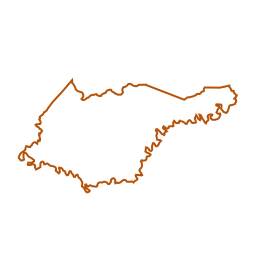 Cândido de Abreu, Paraná, Brazil, rotated 290°
{"feature_id": "56859067B28607618566167", "entity_name": "Cândido de Abreu", "entity_type": "district", "adm_level": 2, "iso_a3": "BRA", "parent_name": "Brazil", "parent_adm1": "Paraná", "projection": "robinson", "projection_center": [-51.26, -24.682], "detail": "fine", "context": "isolated", "style": "outline", "palette": "amber", "viewbox_px": 256, "rotation_deg": 290, "n_neighbors": 0, "source": "geoboundaries", "source_scale": "gbopen_adm2", "svg_char_len": 5777}
<svg xmlns="http://www.w3.org/2000/svg" viewBox="0 0 256 256"><g transform="rotate(290 128 128)"><path d="M59.1,46.5L59.5,48.2L60.0,49.1L61.5,51.0L61.5,52.2L61.3,53.2L60.6,53.7L59.5,53.9L57.6,55.7L58.8,56.9L59.6,57.6L60.2,58.2L61.3,59.0L63.5,58.3L64.4,57.9L65.9,57.9L67.2,59.0L67.0,60.4L65.2,61.7L65.5,62.6L66.5,63.3L67.0,64.3L66.6,66.0L66.0,67.7L66.5,70.9L66.4,72.6L65.8,73.8L64.9,74.5L63.8,74.4L62.8,75.2L62.7,76.6L62.1,77.3L61.7,78.5L63.0,79.0L65.0,78.3L66.2,77.2L67.1,76.9L67.5,77.9L67.5,79.4L67.0,80.5L65.9,81.4L65.8,82.8L65.6,83.8L64.3,84.6L63.5,85.5L62.7,86.8L63.4,87.8L64.9,87.9L66.5,87.8L67.5,88.0L67.7,89.1L66.4,90.3L65.8,91.3L65.3,92.4L64.3,93.1L63.6,94.0L63.9,95.0L65.2,95.1L66.2,95.4L66.8,96.5L64.6,98.6L63.9,100.4L63.5,101.3L62.8,101.9L62.1,102.6L61.4,103.6L59.4,104.2L57.5,104.6L56.8,106.6L56.3,107.4L54.3,109.7L53.5,111.1L54.0,112.3L54.9,113.3L55.9,113.5L56.4,112.6L56.6,111.5L57.0,110.0L57.8,108.7L58.7,107.7L60.2,107.2L60.7,108.0L59.8,108.9L59.4,110.5L61.1,111.8L61.3,112.8L61.0,114.1L62.1,118.5L63.0,119.0L64.4,118.6L65.8,118.8L66.8,119.5L67.5,120.6L67.9,122.4L69.0,123.4L69.5,124.3L69.6,125.6L69.5,126.9L68.6,128.2L68.8,129.5L69.9,129.8L70.7,130.2L72.1,130.3L73.2,129.9L74.4,130.1L75.1,130.6L75.7,131.2L75.8,132.3L75.0,133.4L73.9,134.3L72.6,134.3L71.7,135.1L72.8,136.2L72.9,137.4L73.3,138.2L74.3,139.5L76.3,140.5L78.0,142.1L78.1,143.8L77.2,145.2L77.5,146.4L78.0,148.0L79.0,149.7L79.0,150.9L78.7,151.9L79.6,152.1L81.0,152.9L81.7,153.6L82.4,154.1L83.4,154.3L85.1,152.1L85.9,151.5L86.8,151.5L87.1,152.4L87.3,154.2L88.0,155.3L87.8,156.4L88.5,157.4L89.8,156.2L90.4,155.3L92.0,153.2L93.5,153.3L94.4,153.8L96.0,154.2L97.0,154.2L100.2,152.7L101.0,151.5L102.3,151.8L102.4,153.1L102.9,154.3L103.8,155.6L105.4,155.9L107.5,155.4L108.4,157.0L109.8,158.2L110.8,158.3L111.2,157.4L111.3,156.5L111.3,154.4L111.9,152.4L114.2,152.0L115.9,151.5L116.1,152.9L115.7,153.9L115.2,154.9L114.3,155.8L114.2,157.5L115.4,158.1L116.3,158.0L118.7,156.9L122.2,156.6L122.7,157.5L122.1,158.4L120.9,159.8L120.4,160.8L121.3,161.9L123.7,162.5L125.0,162.5L126.3,163.1L127.3,163.4L127.6,162.4L127.0,159.4L129.0,158.2L129.8,157.6L130.7,157.2L131.5,157.1L132.4,157.3L133.4,157.2L134.1,156.8L134.5,156.0L135.0,155.1L136.2,154.9L136.9,155.5L136.3,157.5L135.3,159.7L134.3,161.2L133.9,162.3L133.8,164.5L134.7,164.4L135.5,164.0L136.3,164.0L138.2,165.6L139.0,163.7L139.2,162.4L139.6,161.2L140.4,160.8L141.7,160.9L141.2,162.9L140.7,163.9L141.0,165.3L141.9,166.1L143.3,165.8L144.6,168.2L144.7,169.2L145.4,170.0L146.1,169.5L149.0,168.6L150.5,168.9L149.8,170.4L149.2,171.2L149.3,172.5L150.2,174.1L151.5,173.8L152.6,174.2L152.4,175.1L152.7,177.3L152.5,178.6L151.6,181.1L152.2,181.9L154.7,182.0L156.4,183.0L156.3,183.9L155.8,184.9L155.2,185.7L154.7,186.7L155.6,188.7L156.4,189.9L157.7,189.2L158.9,188.3L160.0,187.4L161.1,187.6L162.0,187.8L163.3,187.7L162.0,189.5L160.9,190.5L160.4,191.5L160.0,193.0L160.9,193.2L163.4,191.9L164.9,190.7L164.9,192.0L162.7,194.4L159.4,198.5L159.0,199.7L160.8,199.7L162.7,200.8L163.9,200.5L166.1,198.8L167.4,199.0L168.3,199.7L169.3,201.5L169.3,202.7L168.4,202.7L167.7,202.0L166.4,201.7L165.2,202.8L164.7,203.8L164.8,205.2L165.6,207.3L166.2,207.8L166.8,208.8L167.6,209.5L168.3,210.0L170.5,210.3L171.4,210.3L172.5,210.1L173.1,209.5L172.2,208.2L172.4,206.9L172.8,205.9L174.1,206.0L175.3,205.9L176.9,206.2L177.8,206.6L178.6,206.7L179.4,206.0L179.3,204.4L179.5,203.1L180.4,203.0L181.0,204.2L181.2,205.5L181.6,206.6L181.8,207.6L180.9,208.3L177.8,209.0L175.9,212.1L175.7,213.8L175.8,215.3L177.2,215.8L178.2,216.0L181.3,215.9L182.5,215.6L183.9,215.9L184.6,216.6L185.0,217.8L185.9,218.7L186.3,219.5L187.2,220.3L188.6,220.3L189.8,220.7L191.9,219.4L191.9,217.8L194.8,219.0L196.0,219.0L196.1,217.9L196.8,216.9L197.3,215.8L197.7,215.0L198.9,214.7L198.8,213.5L198.4,212.6L199.1,211.8L200.3,210.8L201.2,209.3L202.5,208.8L197.3,200.5L192.3,186.2L190.6,186.0L189.7,186.2L188.5,186.6L187.9,185.7L187.1,184.8L185.3,184.2L184.4,183.6L184.1,182.3L183.2,180.9L182.1,180.7L181.4,179.7L180.5,178.9L179.8,178.0L178.9,176.7L178.0,175.5L177.5,174.2L176.9,173.2L175.6,172.4L174.7,171.8L173.8,171.1L174.6,131.1L174.9,129.9L174.3,129.1L173.9,127.5L172.9,125.3L172.7,124.2L171.8,123.0L170.5,122.2L169.9,121.0L169.7,119.4L169.6,117.9L170.2,116.2L170.1,114.7L169.5,113.3L168.0,112.8L166.7,112.0L165.5,111.1L164.8,109.7L162.7,109.4L161.4,109.8L160.5,110.5L159.7,111.1L158.3,110.7L156.9,109.9L156.3,108.3L155.8,106.8L156.2,104.7L156.0,103.5L156.6,102.8L156.8,100.9L157.1,100.0L158.1,99.0L157.8,97.8L157.1,96.8L156.1,95.7L155.4,95.2L154.6,95.0L153.6,95.1L153.1,94.3L152.2,93.7L151.7,92.8L150.8,92.2L150.0,91.8L148.8,91.6L148.2,89.5L148.4,87.5L149.0,86.7L147.6,84.6L146.6,82.7L145.5,81.5L143.3,80.6L142.6,79.5L140.6,78.3L139.1,76.9L138.9,75.5L139.4,74.4L140.7,75.0L142.6,75.1L144.1,74.5L144.8,73.9L145.5,72.7L145.7,71.8L145.7,70.7L145.5,69.8L145.6,67.7L146.2,66.0L148.5,64.0L150.3,62.0L150.8,61.1L151.4,59.9L152.7,59.7L153.9,59.1L139.5,53.7L126.4,48.2L119.6,46.2L118.0,45.8L116.8,45.7L115.8,45.0L114.8,44.6L114.2,43.8L111.3,43.3L110.5,42.5L109.4,42.0L108.1,41.2L106.9,42.1L105.7,41.6L104.3,43.4L103.0,44.2L101.6,43.9L101.2,42.7L100.3,41.5L100.1,40.6L99.3,40.1L98.5,41.3L98.1,42.7L98.2,43.7L97.0,45.1L97.1,46.2L96.0,48.2L95.0,48.2L93.9,47.6L92.4,47.4L92.5,46.4L91.3,46.5L90.4,47.5L89.3,47.9L88.1,48.9L87.0,49.3L86.1,48.4L85.7,49.3L85.0,48.6L84.7,47.7L83.3,47.8L82.2,48.1L82.5,46.8L82.8,45.8L82.6,44.8L81.5,44.0L80.1,43.5L78.9,43.5L77.7,42.7L76.6,42.6L76.1,40.9L76.4,39.6L76.1,38.5L74.7,38.5L73.3,38.8L71.8,38.7L68.6,36.5L66.8,35.6L65.1,35.4L63.4,35.3L62.4,35.7L60.9,38.5L61.3,39.6L62.7,41.1L63.6,40.6L64.5,39.9L67.4,38.8L69.1,38.9L69.6,40.1L69.3,41.1L67.6,43.5L67.1,44.6L66.8,46.7L66.3,48.9L65.8,50.4L64.5,51.2L63.4,50.3L62.1,48.8L61.4,46.1L60.1,46.1L59.1,46.5Z" fill="none" stroke="#b45309" stroke-width="2"/></g></svg>